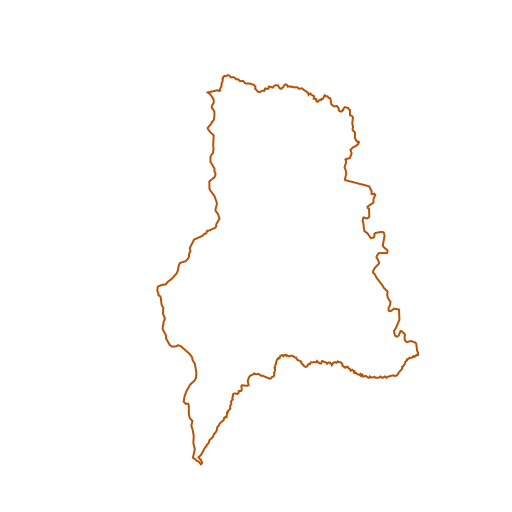 Garzón, Huila, Colombia, rotated 151°
{"feature_id": "7082276B84511387855625", "entity_name": "Garzón", "entity_type": "district", "adm_level": 2, "iso_a3": "COL", "parent_name": "Colombia", "parent_adm1": "Huila", "projection": "natural_earth1", "projection_center": [-75.581, 2.163], "detail": "fine", "context": "isolated", "style": "outline", "palette": "amber", "viewbox_px": 512, "rotation_deg": 151, "n_neighbors": 0, "source": "geoboundaries", "source_scale": "gbopen_adm2", "svg_char_len": 6124}
<svg xmlns="http://www.w3.org/2000/svg" viewBox="0 0 512 512"><g transform="rotate(151 256 256)"><path d="M374.6,220.1L373.4,217.5L369.9,215.7L367.5,215.8L365.4,213.4L361.7,203.0L361.1,199.5L361.1,198.1L361.9,195.7L361.7,191.5L364.9,182.4L367.7,178.4L370.0,176.9L375.8,175.5L382.1,171.7L386.4,168.0L389.9,163.7L389.0,160.6L387.0,159.8L387.1,158.1L391.3,150.5L392.5,146.3L391.6,142.5L394.8,139.0L395.6,135.0L397.5,129.2L401.5,122.7L403.1,116.8L409.0,110.1L407.5,107.2L407.1,105.6L405.9,104.1L405.2,100.5L403.8,100.9L403.2,101.8L403.1,104.5L404.0,107.8L400.7,108.6L392.7,113.6L391.6,113.5L390.6,114.8L388.3,115.2L385.9,117.5L381.7,118.5L378.6,121.0L377.6,120.9L374.8,122.6L372.8,125.1L371.0,125.6L368.9,127.1L363.6,128.3L362.1,130.0L360.9,130.0L360.5,129.3L359.8,129.4L357.2,133.1L356.3,132.9L355.9,133.9L352.5,134.9L351.4,137.3L349.3,138.7L348.4,140.8L345.8,141.9L345.8,143.0L344.0,144.5L343.8,145.7L342.5,146.4L341.0,146.0L339.0,144.3L337.6,144.7L336.6,146.2L334.4,145.2L333.2,146.0L331.9,149.3L330.9,149.7L326.4,146.6L325.1,146.6L323.7,150.9L321.2,153.1L319.4,154.1L315.0,153.8L314.5,154.2L313.5,152.6L310.9,151.6L309.5,148.6L308.5,148.3L303.6,142.2L302.6,141.7L300.9,142.4L299.2,142.1L298.1,142.7L297.1,144.0L297.0,145.1L296.3,145.2L294.2,147.6L294.0,149.3L293.1,149.6L291.6,151.7L290.5,152.1L290.1,153.1L287.8,155.3L286.9,155.1L286.0,156.0L285.0,155.2L283.3,156.8L281.1,156.7L280.6,155.0L279.0,155.6L278.1,155.2L277.6,154.6L277.7,153.9L277.1,154.1L275.8,152.2L274.2,152.1L272.9,151.3L272.0,150.3L271.2,148.3L270.2,147.8L270.3,145.3L267.9,142.1L267.8,141.1L268.3,140.5L268.1,138.9L267.4,137.9L267.4,136.3L266.4,135.0L264.7,134.6L263.7,135.6L262.2,135.9L261.1,135.3L260.1,136.3L259.4,136.3L254.5,133.9L253.6,134.6L252.6,131.5L251.2,130.4L249.1,132.1L246.4,128.9L246.1,127.3L244.6,127.8L243.0,127.1L243.1,125.7L242.2,125.2L242.5,123.9L239.9,125.2L238.5,125.0L237.4,123.5L235.6,124.2L234.9,122.9L233.3,121.8L232.9,119.4L233.7,118.2L232.8,116.8L232.8,115.7L232.2,115.1L231.1,115.5L230.7,114.8L229.5,114.7L229.5,112.8L228.6,111.9L228.8,109.8L226.9,109.8L226.7,108.5L225.7,107.6L226.7,106.9L226.7,105.8L225.2,105.3L224.6,103.3L223.2,102.0L221.7,102.3L221.7,101.4L222.4,100.4L222.2,99.9L220.5,100.5L220.7,98.5L218.0,97.9L217.3,95.8L216.3,94.7L215.8,94.6L214.9,95.5L214.0,93.8L211.8,92.8L211.1,93.0L210.3,91.4L207.4,90.0L205.6,90.3L204.5,88.1L201.5,88.1L201.0,86.2L199.1,86.5L195.3,85.5L193.7,85.0L193.2,84.1L191.7,83.3L189.3,83.7L187.7,84.9L182.7,86.5L182.0,88.2L181.2,88.0L177.8,89.7L176.6,91.2L174.7,91.4L174.2,92.4L172.0,92.1L171.1,92.7L169.7,91.7L168.6,91.5L166.9,92.1L166.2,90.9L165.4,91.5L164.0,91.2L163.5,91.6L162.3,90.9L161.1,92.9L161.0,95.1L158.4,101.5L158.7,103.1L161.6,106.5L165.9,107.6L166.6,109.4L166.4,110.8L165.2,113.3L163.7,115.3L165.0,119.5L166.0,120.3L169.6,117.4L171.3,117.0L172.5,117.7L172.9,119.4L171.7,123.6L168.9,124.9L161.5,130.7L156.9,139.8L160.6,143.0L164.9,142.5L166.0,143.0L166.5,143.9L164.9,146.7L162.6,148.0L160.6,150.7L161.0,153.8L160.8,156.2L160.1,158.5L158.7,160.0L158.2,161.5L159.6,166.0L159.7,169.1L161.1,178.6L161.0,182.8L161.7,184.6L161.3,185.7L158.0,187.9L152.3,189.7L151.6,190.5L151.1,194.5L151.5,196.0L150.5,197.4L147.7,198.8L146.7,198.8L140.2,195.1L139.3,195.5L138.4,197.1L138.4,197.8L139.8,201.2L140.2,203.5L133.8,211.3L133.0,213.7L133.0,214.8L133.9,215.8L136.0,216.8L140.3,218.2L141.8,217.9L142.8,215.9L144.1,215.1L146.9,215.9L147.5,222.0L149.1,225.0L148.0,228.5L146.1,232.9L145.8,234.9L143.6,237.5L143.0,237.5L141.4,235.5L140.1,234.9L137.9,235.4L134.2,242.6L135.0,243.6L134.6,245.1L127.3,245.8L125.6,248.9L122.0,251.6L122.5,253.3L124.0,253.4L124.9,254.3L123.5,256.4L123.2,262.0L141.2,279.1L141.2,279.8L137.0,284.4L135.8,288.1L135.7,290.4L131.3,294.8L131.1,296.9L130.5,297.2L126.5,296.1L122.6,299.4L122.0,303.0L118.8,304.0L115.1,303.8L112.6,304.3L110.7,305.6L111.3,306.9L112.0,306.8L112.3,307.3L112.3,311.4L109.7,315.6L109.7,317.1L110.5,318.9L110.2,319.8L108.4,322.1L107.7,325.0L104.0,330.3L104.1,331.7L105.5,333.7L103.0,338.2L103.6,338.9L103.6,340.8L106.3,343.2L108.3,342.3L109.1,341.3L109.9,341.5L110.6,340.9L112.0,341.3L113.0,343.1L112.1,344.9L112.5,348.0L115.1,348.9L116.6,351.9L114.6,357.6L114.8,358.3L115.8,359.0L115.9,360.8L116.9,361.4L118.0,363.3L121.3,361.0L122.8,361.6L123.6,360.9L124.7,361.6L127.4,361.0L128.1,362.2L127.2,364.0L129.3,365.6L127.7,367.5L129.6,370.6L129.7,371.8L130.6,372.1L131.8,371.5L131.5,374.0L133.9,378.5L134.4,380.3L137.3,381.4L137.7,382.8L138.5,383.8L141.2,385.2L142.5,386.8L143.5,386.9L144.7,388.4L146.1,388.7L146.0,390.6L146.9,391.7L147.9,391.8L150.8,390.4L153.1,390.1L153.7,390.7L154.1,392.3L154.0,394.6L156.2,395.9L158.1,395.9L159.6,395.1L162.1,397.8L163.0,397.8L163.5,396.7L164.2,396.3L165.8,397.0L166.4,398.0L167.2,398.0L168.6,396.4L170.5,397.6L173.3,397.5L174.5,398.4L175.6,402.8L174.4,404.4L174.9,406.9L176.6,408.3L177.7,409.8L181.6,412.0L182.4,415.3L185.3,416.7L185.8,419.1L187.7,420.1L187.9,421.6L189.1,423.4L191.3,424.4L191.9,426.8L192.9,427.8L195.0,427.9L196.3,428.7L197.8,428.5L198.4,427.5L199.4,427.3L199.6,426.3L200.7,424.9L202.6,423.4L203.4,421.8L206.9,419.1L207.2,418.1L208.1,418.1L209.3,419.6L218.9,422.4L217.5,419.2L217.2,413.8L217.6,412.4L218.6,410.6L221.3,409.0L222.8,407.3L222.3,402.8L224.3,398.9L226.9,395.5L229.3,394.6L231.1,393.3L236.3,391.4L236.5,390.4L235.9,386.3L234.5,382.1L240.2,372.9L240.9,370.7L243.7,366.9L245.5,366.3L247.8,364.7L250.2,360.3L249.9,352.7L251.3,350.2L251.4,348.0L252.1,346.7L254.2,345.0L260.6,343.9L263.6,338.4L264.3,336.6L263.3,328.7L264.4,321.7L265.3,320.1L269.1,316.1L269.4,314.4L268.9,311.2L269.8,306.4L275.5,302.9L276.6,301.0L278.3,300.5L285.0,301.0L286.0,301.7L287.0,301.5L288.4,300.0L289.2,299.9L290.1,300.4L293.3,299.6L302.2,300.4L310.0,295.1L311.2,291.6L313.3,290.6L315.0,287.8L316.4,286.8L320.0,285.5L324.6,286.6L326.4,286.5L327.8,285.5L331.9,280.7L334.1,279.2L341.0,276.8L345.6,276.2L348.9,274.9L352.0,276.3L356.4,276.8L357.1,276.4L359.1,273.6L359.4,270.6L360.4,269.1L359.3,267.1L359.4,266.0L361.9,259.9L362.3,258.2L362.2,255.6L365.3,250.8L366.0,245.4L369.2,242.8L370.0,241.1L371.2,240.2L373.1,237.4L373.2,229.7L374.6,227.8L374.6,220.1Z" fill="none" stroke="#b45309" stroke-width="2"/></g></svg>